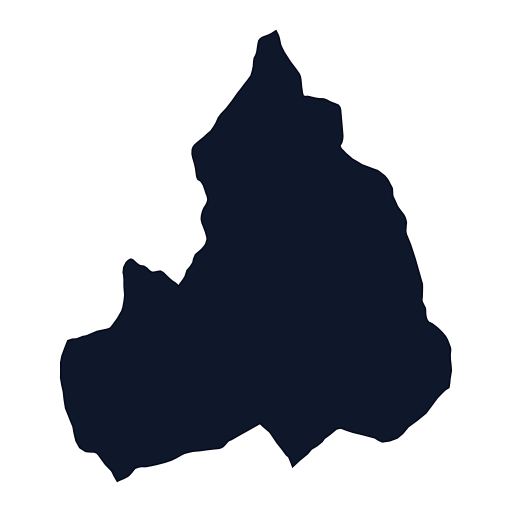 outline of Katsho, Ha, Bhutan
{"feature_id": "84629894B80124152926189", "entity_name": "Katsho", "entity_type": "district", "adm_level": 2, "iso_a3": "BTN", "parent_name": "Bhutan", "parent_adm1": "Ha", "projection": "equal_earth", "projection_center": [89.286, 27.406], "detail": "fine", "context": "isolated", "style": "filled", "palette": "ink", "viewbox_px": 512, "rotation_deg": 0, "n_neighbors": 0, "source": "geoboundaries", "source_scale": "gbopen_adm2", "svg_char_len": 3942}
<svg xmlns="http://www.w3.org/2000/svg" viewBox="0 0 512 512"><path d="M79.7,447.6L82.3,449.3L85.6,451.4L87.1,451.6L90.3,451.9L94.1,452.0L96.6,452.9L98.5,454.8L102.7,460.7L105.4,464.4L110.7,469.8L112.1,471.6L114.1,475.8L117.3,481.3L119.0,480.4L120.7,479.7L124.0,478.3L127.8,476.3L129.6,474.7L131.9,472.1L134.9,468.3L138.0,467.2L141.1,466.5L145.5,466.6L151.1,465.6L157.0,464.3L165.0,462.2L171.3,460.1L176.0,457.8L181.7,454.6L184.1,453.4L187.3,452.5L192.9,451.2L200.0,450.6L205.6,449.8L209.6,449.3L213.4,448.9L218.6,448.4L221.1,447.7L223.2,446.5L225.2,444.4L227.5,441.7L228.9,440.5L231.3,439.6L238.6,435.4L246.5,431.0L255.0,426.2L260.0,423.4L263.3,426.5L269.6,431.9L270.8,433.5L276.8,442.4L282.3,449.4L286.4,455.0L288.7,456.8L291.2,462.8L292.6,466.8L299.4,460.4L307.6,453.7L311.4,449.1L316.8,445.9L322.1,441.6L324.3,438.5L330.0,434.3L336.4,429.0L340.7,428.0L342.2,428.5L346.9,430.3L353.1,432.3L364.3,435.0L375.0,437.9L378.2,440.0L382.3,441.9L389.8,440.8L397.3,438.0L402.8,433.4L408.2,426.8L416.8,420.5L425.9,413.1L432.2,404.7L437.2,397.9L442.2,392.7L445.4,389.7L448.9,387.5L449.7,382.3L449.9,379.1L450.4,376.3L451.3,370.6L450.9,365.0L450.3,359.9L450.1,354.7L450.3,352.9L450.6,349.8L450.3,347.6L448.8,343.5L447.4,339.9L445.5,336.5L442.5,332.9L437.9,328.3L432.4,324.0L428.4,322.0L426.8,319.5L426.0,316.7L425.6,314.1L425.5,310.4L425.3,308.1L423.4,304.4L422.3,302.2L421.8,300.2L422.1,297.2L422.3,292.2L422.4,286.9L422.3,283.9L421.0,279.5L414.9,258.1L410.5,244.6L408.8,240.5L406.3,234.4L405.9,232.6L405.7,230.7L405.9,227.9L406.1,225.0L406.4,222.6L405.7,219.4L404.9,217.1L403.5,214.6L400.5,210.7L398.2,207.6L397.2,205.9L395.2,201.3L393.1,196.9L392.6,195.1L392.4,190.3L392.2,188.3L391.3,186.4L389.9,183.9L388.6,181.2L386.9,178.6L384.6,175.9L380.5,172.7L377.6,170.6L372.0,168.6L361.9,164.8L356.0,161.2L352.3,159.1L345.7,153.4L343.3,150.8L341.7,149.3L340.5,147.5L339.8,145.8L341.7,142.5L342.5,139.5L342.8,136.1L342.6,133.6L342.0,126.4L340.9,113.9L340.6,110.0L339.9,107.3L338.2,105.1L334.6,103.6L332.7,102.9L329.4,101.6L327.5,100.4L324.9,99.3L323.2,98.9L319.5,98.8L316.4,98.4L314.0,97.9L310.7,97.1L308.8,96.6L307.0,96.4L305.3,96.7L303.2,95.9L302.3,92.7L301.9,89.5L301.5,86.9L301.1,82.5L300.8,79.4L300.2,76.3L299.2,74.0L296.0,69.4L290.3,61.9L284.0,52.1L281.1,46.2L280.5,44.5L279.2,38.2L278.3,35.3L276.0,30.7L274.0,32.0L271.4,33.7L268.2,35.2L262.3,37.4L260.1,39.0L258.8,40.8L257.9,45.0L257.3,49.3L256.8,52.4L255.8,55.3L254.3,58.0L253.8,61.1L253.4,66.4L252.5,70.8L251.0,75.8L249.2,78.3L247.7,80.4L244.5,84.4L240.8,89.4L238.5,92.2L236.3,95.2L232.7,100.4L226.7,108.2L224.3,110.8L221.3,113.9L218.4,117.8L216.1,123.1L213.3,127.7L210.8,131.2L208.0,133.5L203.9,137.3L198.1,142.0L194.8,144.9L193.3,146.8L192.3,149.3L192.1,154.0L193.0,158.2L194.6,163.6L195.6,168.1L196.5,174.5L196.9,177.1L198.0,179.4L200.0,180.5L201.3,181.7L203.4,185.1L204.9,189.4L206.1,193.2L207.0,195.3L207.6,197.6L207.9,199.6L207.4,201.9L206.2,204.6L203.9,208.2L202.5,211.7L201.5,216.0L201.3,219.4L202.1,223.1L203.1,225.4L204.1,228.1L205.6,232.1L206.9,236.8L207.2,238.7L206.8,240.8L205.7,244.1L204.5,246.0L201.7,249.3L198.6,252.0L195.5,254.6L193.7,258.9L192.9,262.7L190.3,266.7L187.1,270.4L185.1,276.6L183.1,279.8L179.6,284.5L178.3,286.4L177.2,284.7L175.3,283.0L172.7,281.4L169.8,279.0L167.1,276.5L165.1,274.5L163.2,272.6L160.4,271.1L157.1,271.6L154.4,272.2L151.9,272.3L149.4,270.8L146.8,268.1L143.8,266.2L140.0,265.7L137.5,264.1L135.3,262.2L133.0,260.0L130.8,259.1L128.3,260.4L126.1,262.7L123.8,267.3L123.5,269.9L123.2,272.5L123.8,275.3L124.1,279.5L124.1,286.4L124.8,295.1L124.2,300.8L123.0,307.5L121.8,311.1L117.5,318.6L113.3,324.4L110.5,328.0L107.2,329.3L104.3,329.9L98.6,331.1L97.1,331.4L92.4,333.4L87.5,335.5L85.2,336.2L83.0,336.5L76.6,339.0L72.3,339.2L67.8,340.7L64.9,348.1L62.0,355.9L60.7,362.6L60.8,370.0L60.7,378.0L61.8,384.7L63.4,391.7L64.2,399.3L65.6,408.2L67.8,413.6L71.0,421.7L73.0,426.5L74.3,433.7L76.0,440.8L79.7,447.6Z" fill="#0f172a" stroke="#020617" stroke-width="1.5"/></svg>